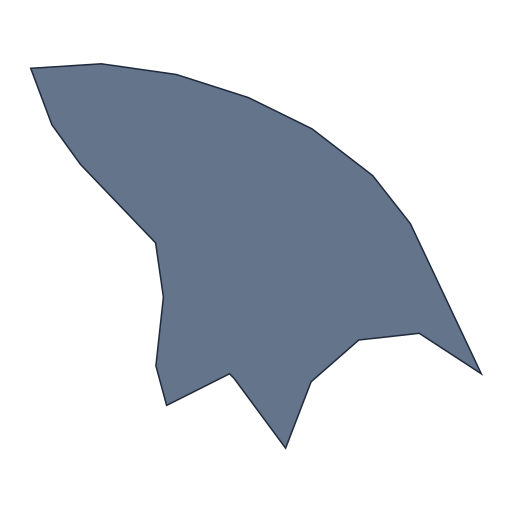 map outline of Kermadec Islands (Equal Earth projection)
{"feature_id": "NZL-5471", "entity_name": "Kermadec Islands", "entity_type": "state/province", "adm_level": 1, "iso_a3": "NZL", "parent_name": "New Zealand", "parent_adm1": "", "projection": "equal_earth", "projection_center": [-177.908, -29.257], "detail": "fine", "context": "isolated", "style": "filled", "palette": "slate", "viewbox_px": 512, "rotation_deg": 0, "n_neighbors": 0, "source": "natural_earth", "source_scale": "10m", "svg_char_len": 377}
<svg xmlns="http://www.w3.org/2000/svg" viewBox="0 0 512 512"><path d="M229.5,373.8L166.6,405.4L155.9,365.8L163.4,297.2L155.6,242.9L80.5,164.5L51.9,124.8L30.7,68.3L101.3,63.8L176.4,74.5L248.7,97.7L312.1,128.9L372.7,175.6L410.4,223.7L481.3,373.8L419.2,333.3L358.8,340.0L311.1,381.8L285.6,448.2L234.0,378.3L229.5,373.8Z" fill="#64748b" stroke="#1e293b" stroke-width="1.5"/></svg>